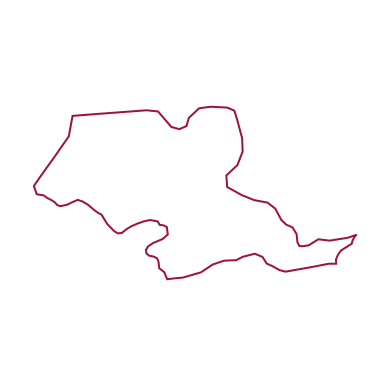 Diamare, Extrême-Nord, Cameroon (Equal Earth projection), rotated 260°
{"feature_id": "32672807B30054475581978", "entity_name": "Diamare", "entity_type": "district", "adm_level": 2, "iso_a3": "CMR", "parent_name": "Cameroon", "parent_adm1": "Extrême-Nord", "projection": "equal_earth", "projection_center": [14.242, 10.617], "detail": "fine", "context": "isolated", "style": "outline", "palette": "rose", "viewbox_px": 384, "rotation_deg": 260, "n_neighbors": 0, "source": "geoboundaries", "source_scale": "gbopen_adm2", "svg_char_len": 1435}
<svg xmlns="http://www.w3.org/2000/svg" viewBox="0 0 384 384"><g transform="rotate(260 192 192)"><path d="M96.3,321.5L100.6,322.1L104.8,324.8L108.5,328.5L113.3,340.3L115.5,341.3L117.1,342.2L120.1,344.8L121.3,346.7L119.9,337.2L120.2,319.1L123.5,308.2L119.2,297.6L119.4,291.8L120.1,288.4L124.2,287.1L132.4,287.7L139.7,284.8L143.6,279.0L149.2,275.0L161.2,271.1L168.5,264.5L169.9,260.7L173.2,251.8L180.5,240.2L190.8,227.5L202.4,228.7L210.6,241.4L223.1,248.9L236.4,250.7L256.6,248.9L264.8,247.8L269.0,241.4L272.7,225.3L273.2,213.5L265.5,201.7L257.9,198.0L256.1,190.5L259.6,183.0L273.1,175.0L277.2,172.6L280.4,161.3L285.8,107.3L287.7,87.6L268.2,80.3L250.3,62.5L233.9,45.7L225.3,37.3L216.8,38.7L214.3,45.5L211.2,48.4L208.8,51.7L205.7,55.1L202.6,56.9L200.9,59.8L201.0,62.8L201.1,66.4L203.2,74.1L204.1,78.1L201.7,82.5L197.6,87.3L192.0,91.9L188.4,95.2L185.3,99.0L180.6,100.8L175.2,103.0L167.0,108.5L164.1,111.9L163.9,115.8L166.7,120.9L168.7,126.0L170.4,133.0L171.4,139.0L171.7,145.9L169.0,153.1L165.3,154.4L164.0,158.3L161.9,161.1L154.4,160.8L150.8,154.8L148.5,144.8L146.1,139.3L143.0,136.6L139.3,136.5L136.7,138.8L135.0,143.2L132.8,146.0L129.5,146.9L124.5,146.6L122.6,146.5L117.8,150.8L110.4,152.4L109.9,161.7L109.3,167.9L111.3,186.8L117.0,199.8L118.8,211.7L117.2,223.6L119.4,231.0L120.3,243.1L115.9,250.1L108.6,253.1L105.2,258.1L99.9,264.6L97.3,270.3L97.3,296.5L97.6,314.3L96.3,321.5Z" fill="none" stroke="#9f1239" stroke-width="2"/></g></svg>